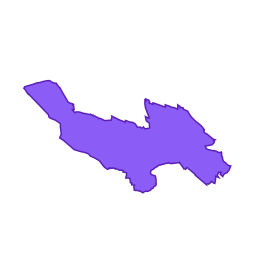 Beekdaelen, Limburg, Netherlands, rotated 229°
{"feature_id": "6326949B16660020709385", "entity_name": "Beekdaelen", "entity_type": "district", "adm_level": 2, "iso_a3": "NLD", "parent_name": "Netherlands", "parent_adm1": "Limburg", "projection": "robinson", "projection_center": [5.879, 50.935], "detail": "fine", "context": "isolated", "style": "filled", "palette": "violet", "viewbox_px": 256, "rotation_deg": 229, "n_neighbors": 0, "source": "geoboundaries", "source_scale": "gbopen_adm2", "svg_char_len": 5562}
<svg xmlns="http://www.w3.org/2000/svg" viewBox="0 0 256 256"><g transform="rotate(229 128 128)"><path d="M33.7,150.0L34.2,150.3L34.2,150.5L33.9,151.0L33.5,151.6L33.0,151.7L32.7,152.3L32.6,154.0L33.0,155.8L29.9,156.7L29.9,156.8L29.2,157.2L31.4,159.9L34.1,162.6L33.2,162.9L31.1,164.0L33.1,164.2L33.5,164.3L33.9,164.5L34.0,164.7L34.3,165.5L34.6,166.5L35.2,167.3L34.5,168.1L33.5,169.2L32.6,167.2L29.2,167.7L29.5,168.2L29.9,169.3L30.1,169.9L30.1,170.1L30.1,170.5L29.7,172.5L29.4,173.2L29.3,173.5L29.4,174.1L29.7,175.2L29.7,175.4L29.9,175.7L29.8,175.9L29.8,176.1L30.4,177.7L30.8,178.3L31.6,180.0L31.9,180.6L32.0,180.7L32.5,180.2L34.2,179.1L35.0,179.0L35.3,179.0L36.8,178.8L38.2,178.8L39.8,178.3L40.6,178.3L41.2,178.5L42.6,179.2L44.3,180.2L44.8,180.0L45.0,180.0L45.8,180.7L46.4,181.1L46.8,181.4L47.0,181.6L47.1,181.9L48.7,182.6L48.8,182.2L48.6,182.1L49.5,181.1L49.4,181.0L50.4,180.2L51.5,179.7L52.8,179.3L53.1,179.1L53.6,178.7L53.8,178.5L54.0,178.2L54.3,178.3L54.6,178.0L55.0,177.5L55.3,177.1L55.4,176.9L56.0,176.5L57.0,176.0L57.2,175.8L58.4,174.8L60.6,173.6L63.6,174.3L63.2,175.4L61.8,177.5L61.2,178.5L60.2,180.6L60.2,181.2L60.4,182.1L60.4,182.9L60.6,183.4L61.1,184.2L61.3,184.4L61.5,184.5L62.2,184.2L62.3,184.1L62.5,184.3L61.9,185.5L61.9,186.1L62.4,185.8L62.5,185.4L62.9,185.1L63.2,185.2L64.8,184.8L68.7,184.1L71.0,183.8L71.8,183.6L73.6,182.9L74.3,182.7L75.3,182.8L76.1,183.8L76.4,183.7L76.5,184.4L77.2,184.5L77.3,184.4L77.4,184.5L78.3,184.6L80.0,184.7L81.6,184.7L83.0,184.5L89.9,183.3L92.9,183.1L96.2,183.1L98.3,183.5L100.1,183.7L101.3,184.1L101.5,184.1L105.8,182.1L106.7,182.8L107.1,182.7L108.4,181.9L108.6,181.6L109.1,180.7L109.4,180.9L109.7,181.3L109.9,181.3L111.0,181.2L111.9,180.9L112.8,180.7L111.8,179.9L111.3,179.3L110.2,178.3L109.7,177.7L113.0,176.3L114.3,175.1L115.5,174.4L116.1,174.0L116.7,173.9L117.4,173.5L119.9,172.0L121.1,171.4L119.3,169.8L124.5,166.9L130.6,163.4L129.5,162.3L132.0,160.8L132.0,161.0L133.1,160.5L133.1,160.8L133.3,161.0L134.1,161.8L134.8,161.9L135.6,161.9L135.9,161.6L137.8,160.6L138.1,160.5L138.0,160.4L138.2,160.2L138.3,159.9L136.6,159.2L136.8,159.0L137.5,159.3L138.1,159.4L138.2,159.2L137.3,158.6L135.4,156.8L134.0,155.8L132.8,155.2L132.7,155.2L132.0,154.5L121.6,150.7L122.1,149.9L122.2,149.6L122.4,149.5L122.7,149.7L123.0,149.6L124.3,149.1L124.6,148.7L125.1,148.6L124.8,148.4L123.6,147.7L123.4,147.6L123.5,147.6L121.9,146.7L121.5,146.6L119.9,146.7L118.4,147.2L118.1,147.2L117.6,147.1L115.6,145.6L115.0,145.3L114.5,145.0L114.1,144.4L114.0,144.0L114.1,143.6L115.9,140.8L116.5,140.1L118.6,140.4L118.5,140.0L119.0,138.2L120.4,138.0L120.9,137.3L121.2,137.1L121.4,136.9L122.1,136.1L122.5,135.5L123.0,135.6L124.1,136.0L125.1,136.0L126.6,136.1L127.1,136.0L129.2,135.2L129.3,135.1L130.6,133.8L132.3,132.7L133.9,131.9L135.3,131.0L134.2,129.4L135.2,129.3L136.2,128.7L137.4,128.1L138.4,127.5L140.5,126.5L143.0,125.5L143.4,125.3L147.5,123.6L147.0,123.4L146.9,123.2L145.7,121.4L144.9,120.4L148.9,115.3L149.3,115.0L153.0,113.6L153.8,113.0L154.5,111.9L155.5,112.2L157.0,111.4L160.5,110.1L160.2,109.7L163.1,108.7L163.0,108.3L163.6,107.7L165.7,106.0L167.2,105.1L168.0,104.1L168.7,103.8L171.8,101.9L173.2,100.5L174.0,99.6L174.2,99.3L174.4,97.9L178.0,97.9L178.6,98.2L178.1,98.5L177.2,99.4L180.0,101.3L181.4,101.2L181.4,102.3L181.5,102.3L182.1,102.3L183.3,101.5L183.9,101.3L184.1,101.0L184.8,100.6L186.7,99.8L198.1,101.9L203.1,103.0L203.1,102.9L203.6,102.9L203.8,102.9L204.4,102.8L205.8,102.8L208.9,103.2L209.4,102.6L210.4,101.8L211.5,101.1L212.9,100.5L214.9,100.1L215.8,99.2L216.8,98.0L217.4,96.8L218.6,94.9L219.8,92.0L220.4,90.9L221.9,88.7L223.1,85.4L226.7,77.6L226.8,77.2L226.7,77.2L226.4,75.5L225.7,75.5L223.4,75.5L221.9,75.1L219.7,74.9L218.5,75.0L218.6,75.3L190.2,76.7L188.5,75.7L188.1,75.6L187.7,75.5L186.2,75.9L181.4,78.4L176.7,79.6L175.9,79.7L175.3,79.5L174.8,79.2L174.4,78.9L173.9,78.2L173.7,78.0L170.1,75.7L167.2,73.6L165.3,69.9L160.9,71.2L147.0,73.2L141.7,76.5L137.7,79.5L133.9,81.4L132.7,81.1L131.3,81.3L128.0,82.9L124.3,84.2L122.8,84.7L122.0,84.9L120.0,84.8L118.4,84.7L114.0,84.5L111.7,85.0L110.8,85.3L110.3,85.4L109.9,86.4L110.1,86.4L109.7,87.5L110.1,87.9L109.0,88.7L108.8,88.6L108.5,89.2L106.6,91.4L105.3,91.5L105.4,91.9L105.3,92.2L102.4,93.7L102.3,93.8L102.2,93.8L102.1,93.7L99.8,96.0L99.6,95.9L99.0,96.5L98.5,96.1L98.1,95.4L96.9,96.2L95.9,97.1L95.2,97.5L93.3,96.0L93.2,95.5L92.8,94.8L91.5,93.5L90.4,95.1L88.7,96.3L85.1,93.9L84.0,94.8L82.7,93.5L80.6,95.4L80.3,94.6L79.7,93.8L79.0,93.2L77.8,92.6L77.0,91.9L76.1,92.5L75.3,93.5L74.9,93.9L72.5,95.5L71.5,96.1L70.5,96.4L70.1,96.6L69.9,96.8L69.3,96.8L69.2,98.4L68.8,99.7L68.5,100.1L67.9,100.5L67.3,101.3L66.4,103.7L66.3,104.1L66.4,104.6L66.8,106.0L66.3,106.6L66.1,107.0L66.7,108.8L66.6,110.5L66.6,110.9L66.4,111.1L66.6,111.2L66.8,111.9L67.5,112.4L67.4,112.5L67.7,112.7L68.0,113.2L68.2,113.3L68.3,113.3L68.6,113.4L70.4,115.1L72.2,116.3L73.8,117.0L74.2,117.1L74.5,117.1L74.7,116.9L74.9,116.5L75.3,116.2L77.5,115.2L77.9,115.1L78.4,115.1L79.3,115.6L79.6,115.8L81.0,117.8L80.8,118.3L80.7,118.5L80.3,120.0L80.2,121.1L80.4,121.4L80.3,122.6L80.1,122.8L80.0,123.0L80.1,123.3L79.8,124.8L79.7,124.8L79.6,125.2L79.7,125.7L79.9,126.1L79.8,126.4L79.4,127.2L79.3,127.6L79.0,127.8L78.4,129.1L78.1,129.9L77.9,130.2L77.8,130.8L77.6,131.1L77.1,131.5L77.0,131.9L76.9,132.4L76.7,132.9L76.4,133.3L75.7,134.5L75.0,135.6L75.2,135.8L74.4,136.0L73.8,136.5L73.1,136.9L72.7,137.3L72.3,138.2L71.4,139.2L71.2,139.6L69.0,142.9L67.7,144.0L67.8,144.1L61.4,143.6L60.9,143.4L60.9,143.7L59.7,144.1L59.0,144.3L59.6,146.5L59.3,146.7L48.8,148.3L48.4,147.8L33.7,150.0Z" fill="#8b5cf6" stroke="#5b21b6" stroke-width="1.5"/></g></svg>